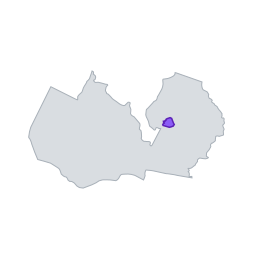 Lunga, Luapula, Zambia (highlighted), rotated 28°
{"feature_id": "96606910B4218134786212", "entity_name": "Lunga", "entity_type": "district", "adm_level": 2, "iso_a3": "ZMB", "parent_name": "Zambia", "parent_adm1": "Luapula", "projection": "albers", "projection_center": [29.85, -11.571], "detail": "fine", "context": "in_parent", "style": "filled", "palette": "violet", "viewbox_px": 256, "rotation_deg": 28, "n_neighbors": 0, "source": "geoboundaries", "source_scale": "gbopen_adm2", "svg_char_len": 4630}
<svg xmlns="http://www.w3.org/2000/svg" viewBox="0 0 256 256"><g transform="rotate(28 128 128)"><path d="M166.1,166.6L156.3,166.6L152.7,167.4L149.7,168.6L146.2,170.6L144.2,171.9L143.7,172.6L143.4,174.3L143.4,176.8L143.0,178.6L142.0,180.2L136.7,182.2L133.2,183.9L129.8,185.8L127.2,188.3L125.5,191.4L122.6,195.3L116.6,202.1L113.0,203.4L110.1,203.2L106.5,201.8L103.6,201.6L101.5,202.5L99.6,202.2L97.8,200.8L96.3,200.3L95.1,200.7L93.5,200.7L90.7,200.0L88.2,197.6L86.8,196.6L85.8,196.2L82.9,195.9L76.1,195.4L69.2,196.8L63.1,198.2L56.7,192.9L50.5,187.3L49.2,185.9L46.9,184.0L45.2,183.2L44.6,182.7L42.8,177.6L41.8,173.0L40.5,127.8L68.4,127.1L70.1,126.9L70.2,126.4L68.9,124.0L68.9,123.2L69.2,121.5L70.4,118.2L70.4,117.1L69.8,113.6L69.8,111.6L70.1,107.5L69.8,106.2L70.5,104.3L70.7,103.1L70.9,102.6L70.6,101.2L69.9,96.5L69.5,94.5L71.2,94.7L71.8,95.7L72.1,96.8L72.9,96.8L74.9,97.4L75.6,98.3L76.1,100.2L75.9,101.2L75.2,102.0L75.9,102.7L77.2,103.1L78.0,103.0L80.2,101.6L82.3,101.1L83.3,100.8L88.0,99.8L88.9,99.3L89.5,99.3L90.0,99.7L89.6,101.1L89.5,102.3L90.1,104.5L90.5,105.6L91.5,106.4L92.2,106.7L93.0,107.6L94.6,107.4L98.1,108.5L99.2,109.0L100.7,109.5L101.8,109.7L105.4,110.1L109.3,110.7L111.3,110.7L112.7,110.5L113.7,110.2L114.3,109.8L114.6,109.5L116.0,105.2L116.7,104.8L117.7,104.6L118.2,105.0L118.9,107.7L121.7,110.1L122.7,112.2L123.4,114.0L124.0,114.5L125.0,115.1L126.7,115.3L128.2,115.3L135.7,118.3L136.6,118.8L137.5,120.4L138.0,122.3L138.6,123.7L139.6,124.0L140.5,124.1L141.3,125.0L142.0,125.9L144.2,129.5L144.5,130.9L145.6,131.8L147.0,132.2L148.4,132.3L149.2,131.8L151.1,131.1L152.6,130.3L153.6,130.0L154.3,130.1L154.8,130.7L155.1,132.5L156.2,133.1L156.9,132.9L157.2,132.2L157.3,131.8L157.2,113.2L156.5,113.4L155.7,113.9L153.7,113.9L152.9,114.3L152.7,114.9L152.8,115.7L152.9,116.8L152.6,117.3L151.7,117.4L150.5,117.0L148.2,116.5L146.3,116.2L144.9,114.8L143.1,112.7L141.9,111.7L138.9,109.5L138.4,109.0L137.5,108.0L136.8,106.3L136.0,104.3L135.6,103.0L136.3,101.0L138.0,94.5L138.4,92.5L139.8,90.5L139.9,88.7L139.3,86.3L139.5,85.0L139.6,77.7L139.2,75.3L138.3,72.7L136.1,69.2L136.1,68.4L139.4,66.0L140.4,65.1L142.0,63.3L143.2,61.6L143.9,60.3L144.2,58.6L143.6,57.0L144.7,56.7L171.7,52.6L172.1,53.7L172.9,55.5L173.9,56.9L175.0,58.1L176.0,58.8L176.7,59.0L180.8,58.9L182.3,59.7L183.6,60.6L183.9,62.0L184.8,62.9L185.7,63.6L186.1,63.7L186.8,63.5L187.9,63.5L188.9,63.8L189.4,64.1L189.4,65.3L189.7,65.8L191.1,66.0L192.6,66.1L193.9,67.0L195.4,67.1L197.2,67.5L198.0,68.3L199.8,69.2L202.0,70.0L204.5,71.4L204.5,71.8L204.9,72.6L205.4,73.1L205.4,73.9L205.6,74.7L206.2,74.9L206.8,74.9L207.2,74.4L207.9,74.4L208.6,74.8L208.9,75.6L209.4,76.8L210.3,77.6L210.9,78.4L210.7,79.8L210.3,81.1L211.5,82.4L213.1,83.6L213.5,84.2L213.6,85.9L213.9,86.6L214.9,88.1L215.5,89.1L215.4,89.6L212.5,92.5L210.7,93.0L209.9,93.6L209.4,94.2L210.5,97.1L211.1,98.3L210.6,99.7L209.4,102.0L208.9,102.2L208.7,104.0L209.1,104.7L209.7,105.2L209.9,106.4L209.8,109.4L209.0,112.9L210.3,115.9L210.7,116.2L212.6,116.3L212.9,116.5L212.4,117.4L211.1,118.7L208.8,119.7L205.5,120.8L204.8,121.8L204.3,123.4L204.7,124.3L205.1,124.9L204.9,126.3L204.6,127.7L204.7,128.8L204.6,129.9L204.1,130.3L203.5,131.9L202.8,133.4L202.2,134.1L201.4,134.8L200.1,135.4L200.1,135.7L201.6,136.4L202.0,136.9L202.1,137.3L201.5,138.0L202.1,138.5L203.0,138.9L203.8,139.9L204.6,141.9L204.8,142.1L205.1,142.1L205.5,141.9L206.5,141.1L207.1,140.8L207.9,142.0L194.1,146.6L190.8,147.5L186.0,149.2L184.4,149.8L183.1,150.4L170.3,154.0L168.3,154.7L163.7,156.6L163.6,156.9L163.6,157.8L164.0,159.6L164.8,161.2L165.5,162.1L165.9,164.5L166.1,166.6Z" fill="#d9dde1" stroke="#a8b0b8" stroke-width="1"/><path d="M157.7,102.5L157.8,102.5L157.9,102.8L157.9,103.0L157.8,103.3L157.7,103.4L157.7,103.5L157.4,103.6L157.3,103.8L157.4,104.0L157.3,104.3L157.2,104.3L157.1,104.5L157.3,104.5L157.2,104.7L157.1,104.8L157.2,104.7L157.3,104.7L157.3,104.8L157.2,104.8L157.1,105.0L157.2,104.9L157.3,105.0L157.2,105.1L157.2,105.3L157.0,105.5L156.9,105.5L157.0,105.6L157.0,105.8L157.0,105.7L157.0,105.8L157.0,106.0L156.9,106.0L156.9,105.9L156.9,106.0L156.7,106.0L156.8,106.1L156.9,106.3L157.0,106.3L157.0,106.2L157.0,106.3L157.0,106.2L157.2,106.3L157.2,106.2L157.2,106.3L157.3,106.4L157.2,106.4L157.2,106.5L157.1,106.8L157.0,107.0L157.1,107.3L157.1,107.5L157.2,107.8L157.2,108.0L157.1,108.3L157.1,108.5L157.1,108.8L157.2,109.0L157.2,109.3L157.2,109.5L157.2,109.4L157.3,109.4L157.3,109.5L157.3,109.4L163.0,108.2L164.1,108.0L165.4,106.9L167.0,105.1L166.9,105.0L166.9,104.9L166.9,104.7L167.3,103.3L167.2,103.2L165.8,102.3L162.0,99.0L160.3,99.1L158.4,101.1L157.6,102.2L157.6,102.4L157.7,102.5Z" fill="#8b5cf6" stroke="#5b21b6" stroke-width="1.5"/></g></svg>